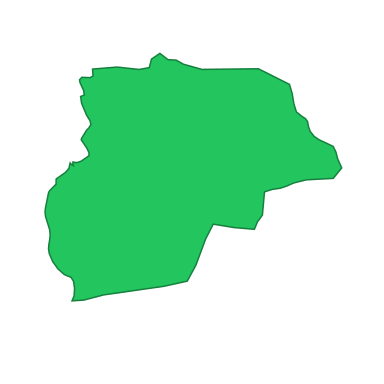 the border of Kars, rotated 195°
{"feature_id": "TUR-3040", "entity_name": "Kars", "entity_type": "Province", "adm_level": 1, "iso_a3": "TUR", "parent_name": "Turkey", "parent_adm1": "", "projection": "orthographic", "projection_center": [43.226, 40.514], "detail": "fine", "context": "isolated", "style": "filled", "palette": "green", "viewbox_px": 384, "rotation_deg": 195, "n_neighbors": 0, "source": "natural_earth", "source_scale": "10m", "svg_char_len": 1357}
<svg xmlns="http://www.w3.org/2000/svg" viewBox="0 0 384 384"><g transform="rotate(195 192 192)"><path d="M279.7,55.8L279.0,61.2L280.5,68.5L283.3,75.0L286.6,78.2L294.0,79.2L301.5,83.0L308.4,88.6L313.9,95.5L315.9,100.0L316.7,104.4L317.1,109.0L318.0,114.2L319.8,118.8L327.1,130.4L328.8,134.7L329.4,138.5L330.4,154.4L329.9,156.3L326.3,162.8L325.3,164.2L326.6,169.4L319.3,178.2L317.0,183.0L317.2,188.5L316.1,187.7L315.3,187.4L314.6,187.2L313.5,186.8L314.0,187.7L314.3,188.4L314.8,190.1L310.7,190.6L306.9,193.2L300.9,200.4L301.7,203.4L305.4,207.6L312.5,213.7L312.5,215.2L312.4,215.7L309.8,224.5L308.3,227.1L307.1,230.9L309.0,234.5L313.7,238.9L321.6,249.1L324.1,255.0L324.3,255.4L321.1,257.9L323.0,262.0L328.5,268.7L329.7,271.3L328.0,274.3L320.0,276.1L317.6,278.4L319.9,285.0L296.7,293.3L274.8,296.7L265.5,301.1L265.5,309.9L258.9,317.6L249.5,313.6L241.4,315.3L233.3,313.2L214.1,313.0L159.8,328.2L125.7,321.2L120.6,312.8L116.4,303.5L111.9,296.4L105.1,293.4L101.5,292.3L98.6,289.9L96.3,285.1L93.4,281.0L88.3,277.3L82.5,275.3L67.5,272.6L63.3,267.8L59.7,261.5L53.6,254.0L59.1,241.7L84.8,233.3L96.0,227.1L101.7,222.5L107.7,218.5L115.1,215.3L122.0,210.9L118.0,187.9L121.0,180.2L122.1,172.1L142.3,168.5L163.2,166.4L166.7,149.9L169.3,122.3L173.5,104.7L194.4,93.8L222.7,81.7L251.0,69.6L268.5,59.6L279.7,55.8Z" fill="#22c55e" stroke="#15803d" stroke-width="1.5"/></g></svg>